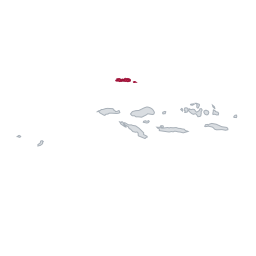 Rennell-Bellona, Rennell and Bellona, Solomon Islands shown in context, rotated 152°
{"feature_id": "97153195B87172178268345", "entity_name": "Rennell-Bellona", "entity_type": "district", "adm_level": 2, "iso_a3": "SLB", "parent_name": "Solomon Islands", "parent_adm1": "Rennell and Bellona", "projection": "mercator", "projection_center": [160.218, -11.577], "detail": "fine", "context": "in_parent", "style": "filled", "palette": "rose", "viewbox_px": 256, "rotation_deg": 152, "n_neighbors": 0, "source": "geoboundaries", "source_scale": "gbopen_adm2", "svg_char_len": 5734}
<svg xmlns="http://www.w3.org/2000/svg" viewBox="0 0 256 256"><g transform="rotate(152 128 128)"><path d="M99.9,128.3L103.9,131.3L105.6,131.0L110.8,131.1L113.9,133.2L115.7,134.1L116.7,136.0L118.0,136.4L118.8,137.4L119.2,139.2L117.3,140.1L116.2,140.4L113.1,139.7L110.2,138.4L104.4,138.2L101.8,137.8L100.8,137.3L100.0,136.6L98.6,135.0L97.6,133.1L97.4,132.0L97.3,129.8L97.6,129.0L98.7,128.2L99.9,128.3ZM118.0,110.8L122.5,116.2L122.3,117.2L121.7,117.8L121.5,119.6L122.1,120.3L123.3,120.7L125.4,122.6L126.3,125.8L127.2,126.8L127.2,129.1L129.2,132.3L129.3,133.8L129.2,134.5L128.3,134.1L126.0,130.5L123.3,129.0L122.9,128.3L120.2,126.2L118.4,122.7L116.4,116.4L117.3,114.9L115.1,111.8L115.2,111.0L116.8,111.2L117.1,110.8L118.0,110.8ZM101.7,113.5L102.2,115.2L99.8,113.7L98.0,111.8L92.7,109.8L91.6,108.7L90.6,108.6L87.9,106.9L85.3,105.8L83.3,103.7L82.3,103.3L80.6,101.7L79.0,100.6L78.4,98.6L76.9,97.3L76.5,96.7L81.5,97.8L83.8,99.9L85.8,101.2L86.5,102.0L88.3,103.3L89.9,103.4L91.5,104.6L93.0,104.9L94.1,105.5L101.6,111.0L100.7,112.4L101.7,113.5ZM135.5,148.8L137.7,149.9L139.1,149.7L141.0,150.5L142.5,150.0L143.5,151.0L145.8,154.7L145.8,156.0L147.4,156.8L146.1,157.0L144.3,156.5L142.9,156.9L141.4,156.1L138.9,155.7L136.8,154.9L132.2,152.1L132.3,150.7L131.5,150.0L131.3,148.3L129.7,147.8L127.8,147.7L127.7,146.9L128.0,145.4L129.4,145.5L131.1,146.1L135.5,148.8ZM58.9,92.8L59.5,93.4L58.1,94.5L56.2,93.9L55.8,93.0L54.5,93.2L51.9,92.7L48.4,90.0L44.6,85.1L40.9,82.4L40.3,81.6L40.2,80.2L40.7,79.6L42.9,80.2L45.8,82.5L50.6,84.8L51.9,86.0L52.8,88.8L53.6,89.7L56.2,91.9L58.9,92.8ZM63.9,109.4L65.0,110.9L66.4,114.3L66.1,115.4L65.2,115.5L64.9,116.2L63.7,114.6L62.0,114.2L60.7,113.2L60.2,110.0L59.2,109.7L56.5,110.1L55.6,111.1L54.3,110.8L54.0,109.8L54.2,108.9L55.9,108.0L56.3,106.8L57.9,104.7L59.0,104.4L60.9,105.1L61.2,108.0L61.9,109.0L63.9,109.4ZM114.8,174.8L113.6,175.5L112.4,175.1L111.5,174.7L110.8,173.2L109.3,172.4L107.1,172.0L106.0,171.1L104.5,170.8L104.0,170.0L104.2,169.2L104.4,168.8L105.8,169.2L112.5,172.9L114.8,174.8ZM44.4,103.6L44.1,103.9L43.5,102.9L43.0,102.6L43.1,101.5L41.2,99.7L41.1,98.4L42.1,97.2L43.6,97.9L45.0,99.5L46.6,100.0L46.3,101.0L44.8,102.8L44.4,103.6ZM53.6,106.5L52.8,107.3L50.8,107.2L49.3,105.3L49.3,103.9L50.5,102.6L52.0,102.4L52.7,102.9L53.5,103.9L53.7,105.3L53.6,106.5ZM70.1,117.5L68.4,119.0L67.1,118.5L66.0,117.3L66.6,115.4L67.6,115.0L68.2,114.3L70.1,114.8L70.6,115.2L69.4,116.1L70.1,116.8L70.1,117.5ZM215.4,155.6L212.5,156.0L211.3,157.4L209.8,157.2L209.2,156.1L209.2,155.6L210.1,155.7L210.5,154.6L211.4,154.1L213.5,153.8L216.0,154.4L215.4,155.4L215.4,155.6ZM132.4,134.8L132.5,137.4L131.2,136.0L130.5,136.5L129.9,135.8L130.1,132.7L129.1,129.8L129.9,130.1L132.4,134.8ZM57.1,118.1L57.1,118.3L56.1,117.8L53.9,115.4L54.3,114.5L56.3,112.9L57.0,112.7L57.5,113.7L57.0,115.2L56.4,115.5L56.1,116.9L57.1,118.1ZM107.4,123.2L109.0,123.5L111.8,125.9L111.1,126.6L109.8,126.3L109.4,126.4L109.0,125.6L107.6,124.9L106.3,124.8L106.1,123.9L107.4,123.2ZM89.7,125.6L87.6,125.3L87.0,124.7L87.7,123.8L88.6,123.2L89.5,123.7L90.4,123.9L90.5,125.0L89.7,125.6ZM29.1,88.5L27.3,89.0L26.1,88.4L26.6,87.0L27.3,86.3L29.5,87.5L29.1,88.5ZM98.7,114.3L97.9,114.6L96.6,113.9L96.0,113.3L96.3,112.3L97.1,112.0L97.9,112.6L98.0,113.3L98.7,114.3ZM229.9,172.4L228.3,172.7L227.6,172.6L226.6,171.0L227.3,170.6L228.5,170.8L228.9,171.7L229.9,172.4ZM61.8,118.9L61.7,119.5L60.7,119.3L58.4,118.4L58.3,117.9L59.6,117.8L60.6,117.9L61.8,118.9ZM43.1,106.8L42.7,108.6L41.8,106.4L42.0,104.5L42.3,104.3L43.1,106.8ZM72.8,119.6L71.4,120.1L71.0,119.4L72.0,117.4L72.8,119.6Z" fill="#d9dde1" stroke="#a8b0b8" stroke-width="1"/><path d="M116.3,175.5L116.3,175.4L116.2,175.2L115.9,175.0L115.8,174.9L115.6,174.8L115.4,174.7L115.2,174.7L114.9,174.4L114.7,174.4L114.4,174.2L114.2,174.0L114.1,173.9L113.9,173.7L113.7,173.5L113.5,173.2L113.4,173.1L113.1,173.1L112.7,172.9L112.4,172.9L112.2,172.8L112.1,172.7L111.9,172.6L111.7,172.4L111.5,172.5L111.4,172.5L111.0,172.5L111.0,172.4L110.9,172.4L110.5,172.2L110.2,172.0L110.1,171.9L109.9,171.8L109.8,171.7L109.7,171.6L109.5,171.4L109.3,171.3L109.0,171.2L108.5,170.7L108.3,170.6L108.1,170.5L108.0,170.4L107.9,170.4L107.7,170.4L107.4,170.3L107.2,170.3L107.2,170.2L106.9,169.8L106.8,169.6L106.6,169.4L106.1,169.1L105.9,169.1L105.7,169.1L105.2,169.0L105.1,168.9L104.9,168.8L104.6,168.7L104.4,168.6L104.2,168.6L104.0,168.8L103.9,168.8L103.8,169.0L103.7,169.1L103.6,169.3L103.5,169.5L103.7,169.8L103.8,170.0L103.8,170.3L104.0,170.5L104.2,170.8L104.3,170.9L104.4,171.0L104.5,171.1L104.8,171.3L105.0,171.5L105.1,171.4L105.2,171.2L105.3,171.2L105.5,171.2L105.6,171.3L105.6,171.2L105.7,171.3L105.8,171.3L106.0,171.4L106.1,171.6L106.0,171.8L106.2,172.0L106.2,171.9L106.4,171.9L106.5,172.0L106.8,172.3L107.0,172.3L107.3,172.5L107.2,172.5L107.3,172.5L107.5,172.5L107.7,172.8L107.8,172.7L108.0,172.7L108.3,172.7L108.5,172.7L108.8,172.8L108.9,172.7L109.0,172.6L109.0,172.4L109.3,172.3L109.5,172.2L109.6,172.3L109.8,172.3L110.0,172.5L110.2,172.8L110.2,173.0L110.0,173.3L109.9,173.3L110.0,173.5L110.3,173.4L110.4,173.5L110.5,173.4L110.8,173.4L111.0,173.4L111.1,173.5L111.3,173.6L111.5,173.7L111.6,173.8L111.8,173.9L111.9,174.0L111.9,174.3L112.0,174.4L112.1,174.5L112.2,174.9L112.3,175.1L112.4,175.3L112.6,175.5L112.9,175.6L113.0,175.7L113.2,175.8L113.3,175.8L113.5,175.7L113.8,175.6L114.0,175.7L114.0,175.8L114.1,176.0L114.4,176.3L114.5,176.4L114.7,176.2L114.7,175.9L114.9,175.7L115.0,175.4L115.3,175.3L115.6,175.4L115.6,175.5L115.8,175.6L116.0,175.7L116.3,175.6L116.3,175.5ZM101.4,165.8L101.3,165.7L101.2,165.6L100.9,165.5L100.8,165.4L100.7,165.4L100.4,165.3L100.2,165.3L100.1,165.2L99.9,165.1L100.0,165.3L100.2,165.5L100.3,165.6L100.5,165.7L100.6,165.8L100.8,165.8L101.1,165.9L101.4,165.9L101.4,165.8Z" fill="#f43f5e" stroke="#9f1239" stroke-width="1.5"/></g></svg>